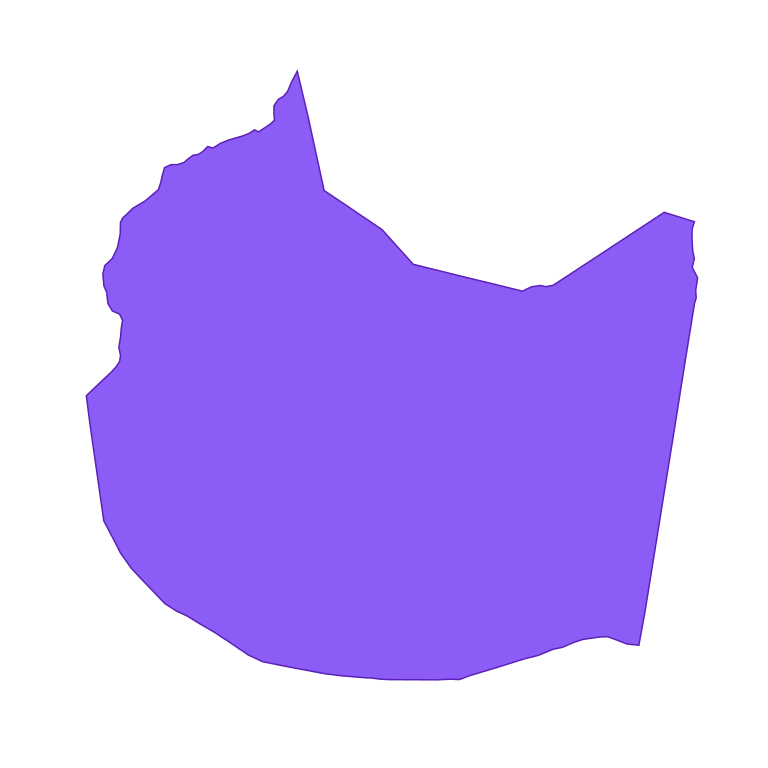 Araripe, Ceará, Brazil (Robinson projection), rotated 9°
{"feature_id": "56859067B60365327714715", "entity_name": "Araripe", "entity_type": "district", "adm_level": 2, "iso_a3": "BRA", "parent_name": "Brazil", "parent_adm1": "Ceará", "projection": "robinson", "projection_center": [-40.113, -7.215], "detail": "fine", "context": "isolated", "style": "filled", "palette": "violet", "viewbox_px": 768, "rotation_deg": 9, "n_neighbors": 0, "source": "geoboundaries", "source_scale": "gbopen_adm2", "svg_char_len": 1694}
<svg xmlns="http://www.w3.org/2000/svg" viewBox="0 0 768 768"><g transform="rotate(9 384 384)"><path d="M665.2,175.2L633.9,170.6L560.9,237.1L543.5,252.9L535.5,260.1L528.6,262.5L523.3,262.2L514.5,264.9L506.0,270.7L488.6,269.1L445.3,265.6L394.2,261.2L375.0,245.7L358.0,231.9L348.5,227.4L321.6,214.8L294.6,202.3L280.9,167.1L266.6,130.3L249.4,88.6L247.2,95.0L244.9,102.2L243.0,110.2L239.6,115.7L235.2,119.2L231.8,126.4L233.0,134.2L234.5,140.5L231.4,144.7L220.7,154.6L216.3,153.2L212.2,157.1L205.5,161.2L198.7,164.3L192.0,167.5L184.7,172.0L178.1,177.7L172.8,177.0L168.9,182.4L164.7,186.3L159.6,187.9L155.5,192.1L151.8,196.5L145.8,199.6L139.4,200.6L133.4,204.6L132.4,212.8L131.9,220.5L130.7,227.4L123.1,236.3L119.3,240.7L108.6,249.5L103.0,257.0L100.0,260.8L98.4,265.6L100.0,277.1L99.4,290.9L96.0,302.5L89.7,310.8L89.1,319.3L92.1,331.2L95.7,336.7L98.7,347.7L104.3,354.4L111.8,356.3L115.8,361.9L115.8,370.9L116.4,378.1L116.4,389.4L119.3,397.0L119.3,403.3L116.6,409.1L113.2,414.3L108.7,420.1L91.8,442.1L100.0,470.1L128.7,563.1L145.3,585.3L150.0,592.0L163.3,605.6L173.8,613.8L202.1,635.3L214.7,640.8L225.7,643.9L240.4,650.0L254.7,655.5L262.0,658.8L271.7,663.2L292.4,672.9L307.7,677.3L335.1,678.4L370.2,679.4L387.1,678.9L412.2,677.0L417.0,676.4L426.5,676.1L435.8,675.1L483.2,667.8L491.7,666.0L496.3,665.1L504.8,664.1L514.0,658.8L543.2,644.7L565.8,633.4L578.9,627.9L592.3,619.6L601.3,616.2L612.1,609.4L620.3,605.2L637.1,600.0L644.8,598.6L654.0,600.5L664.7,602.8L676.6,602.2L677.4,568.8L677.9,380.6L677.9,317.2L678.1,255.3L678.9,250.1L677.2,242.7L677.2,230.2L673.6,225.2L670.2,220.6L670.9,211.5L668.0,203.9L665.5,192.4L664.1,182.8L665.2,175.2Z" fill="#8b5cf6" stroke="#5b21b6" stroke-width="1.5"/></g></svg>